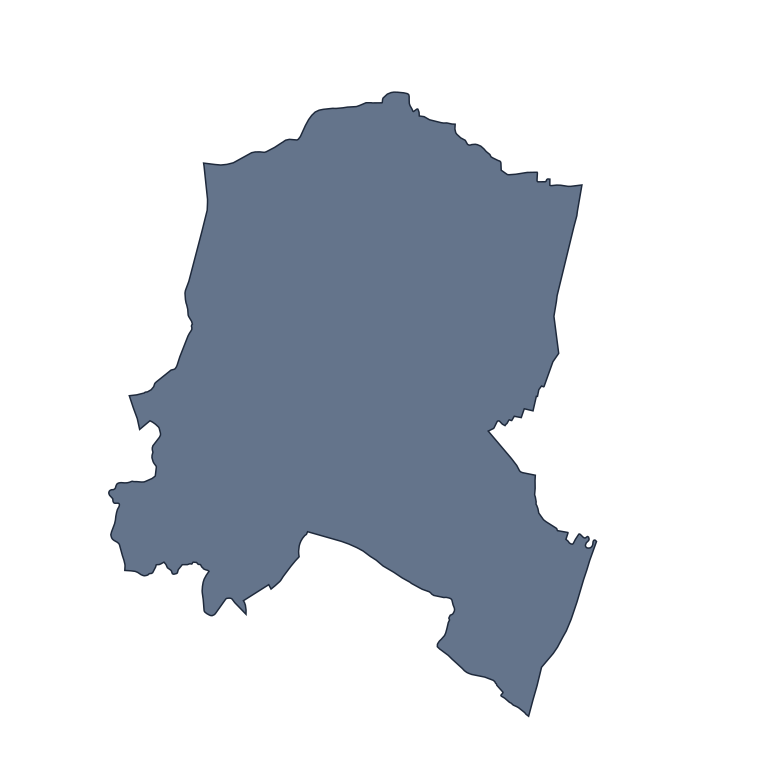 the district of Pa Mok, Ang Thong, Thailand, rotated 194°
{"feature_id": "78962969B20777837687039", "entity_name": "Pa Mok", "entity_type": "district", "adm_level": 2, "iso_a3": "THA", "parent_name": "Thailand", "parent_adm1": "Ang Thong", "projection": "natural_earth1", "projection_center": [100.461, 14.49], "detail": "fine", "context": "isolated", "style": "filled", "palette": "slate", "viewbox_px": 768, "rotation_deg": 194, "n_neighbors": 0, "source": "geoboundaries", "source_scale": "gbopen_adm2", "svg_char_len": 6168}
<svg xmlns="http://www.w3.org/2000/svg" viewBox="0 0 768 768"><g transform="rotate(194 384 384)"><path d="M612.5,554.7L611.4,552.1L599.9,520.5L599.1,517.2L597.6,509.9L597.6,488.1L598.2,436.4L599.3,426.7L599.1,424.1L597.1,417.9L595.7,414.8L594.6,413.1L592.5,409.0L590.7,403.5L589.9,402.3L585.8,398.2L584.4,395.7L584.8,394.9L584.9,393.6L584.1,392.3L583.7,390.5L584.0,389.2L585.1,386.0L585.8,383.2L588.7,361.0L589.3,352.0L589.7,350.0L590.4,348.3L591.0,347.6L594.0,346.0L605.4,331.0L606.4,329.4L606.6,328.6L606.8,325.7L608.5,322.1L610.4,320.3L611.5,319.2L613.7,318.3L614.6,317.2L621.4,313.6L628.3,311.0L621.6,300.4L615.0,290.7L610.1,280.8L602.2,291.7L599.3,291.0L596.0,289.7L592.4,287.7L591.5,286.8L589.0,282.2L588.5,280.4L589.0,278.0L593.3,268.2L593.4,266.0L592.9,264.1L591.7,261.9L591.8,258.6L591.3,256.3L589.2,252.7L587.9,251.3L585.3,249.2L584.8,248.4L583.7,239.6L584.0,238.9L586.2,236.2L592.0,231.7L593.2,230.9L595.6,230.2L600.1,229.5L603.0,228.8L604.9,228.7L607.2,227.1L609.3,226.0L611.7,225.3L615.3,224.7L617.3,223.9L618.6,222.9L619.1,221.9L619.4,220.3L619.5,218.0L619.9,217.1L620.9,216.1L622.8,215.5L623.9,214.7L624.6,213.6L624.8,212.4L624.4,211.0L623.3,209.6L619.5,207.1L618.5,204.5L617.7,203.6L617.0,203.2L616.2,203.2L613.7,203.9L612.7,204.0L612.1,203.8L611.6,203.1L611.4,202.2L611.4,201.2L612.3,197.7L612.4,194.6L612.2,190.7L611.7,187.1L611.6,183.3L612.6,174.6L612.6,171.7L612.1,170.6L611.1,168.9L609.8,167.7L608.1,166.9L604.5,165.9L602.9,165.1L601.9,164.2L596.3,154.2L593.6,149.9L591.8,146.4L591.3,145.0L590.4,140.4L584.4,141.5L580.1,142.0L577.4,141.6L573.5,140.2L571.4,139.9L570.3,139.9L568.7,140.5L567.0,141.5L565.8,143.2L563.7,144.0L562.8,145.0L561.3,151.2L561.3,153.3L560.8,153.7L558.5,154.4L557.1,155.4L554.4,157.9L552.0,156.2L549.7,153.3L545.9,151.8L545.1,151.2L543.5,148.8L543.0,148.6L541.9,148.6L539.6,149.8L538.8,150.7L538.7,154.1L536.0,159.9L531.0,161.2L528.9,162.6L527.0,162.8L526.7,163.2L526.4,164.6L525.9,165.0L522.7,165.5L520.9,164.2L520.0,164.1L518.8,164.4L518.3,164.3L516.6,162.4L515.2,161.7L514.5,161.0L512.4,160.6L509.8,160.5L508.5,159.9L510.2,155.4L511.3,151.1L511.5,147.9L511.2,143.7L510.4,139.2L509.8,137.4L507.3,131.2L503.9,121.1L503.5,120.2L502.7,119.4L500.6,118.4L497.7,117.6L496.3,117.4L494.8,117.6L493.1,118.9L492.5,119.6L491.9,120.8L485.5,137.1L484.8,137.9L482.5,138.8L480.7,139.0L479.4,138.6L476.0,135.8L462.2,127.2L463.2,131.4L465.0,135.9L466.6,138.3L468.0,139.7L447.3,161.4L444.0,157.7L440.8,162.0L437.5,166.9L436.7,168.4L435.2,172.9L430.3,184.5L427.2,191.0L424.7,195.5L424.6,195.9L425.6,198.4L426.4,201.1L427.1,206.4L427.0,208.9L426.6,211.6L425.7,214.6L424.2,217.8L422.9,219.3L422.4,222.2L387.2,221.0L379.4,220.2L370.9,218.7L363.9,216.9L355.6,213.4L349.0,211.2L340.9,207.2L329.0,203.7L319.6,200.3L310.7,197.9L309.3,197.2L299.8,194.7L297.4,194.1L289.6,193.3L288.0,192.5L286.9,191.7L284.6,190.9L274.3,191.3L272.1,192.0L269.8,192.1L268.0,192.0L266.6,191.5L265.8,190.7L263.6,186.5L261.6,183.7L261.0,182.3L260.8,180.7L261.5,177.8L262.3,176.8L263.8,175.7L264.4,173.1L264.4,172.4L263.3,170.9L263.9,168.1L263.8,162.1L263.9,157.4L264.4,154.6L266.6,150.3L268.1,147.9L268.9,145.6L269.2,144.4L268.7,142.0L265.8,140.3L256.1,136.3L251.4,133.5L239.5,127.1L236.7,125.3L234.0,124.2L232.1,123.8L228.7,123.4L215.3,124.0L206.3,122.9L204.5,122.0L203.5,120.8L202.4,120.2L201.6,118.9L194.1,113.8L193.9,113.2L195.2,110.5L195.2,110.1L194.7,109.5L191.0,108.4L185.3,105.5L183.5,105.1L180.9,103.7L177.5,103.1L175.2,102.5L168.0,99.2L166.3,97.9L163.3,96.6L163.0,114.3L162.5,128.3L162.6,147.3L154.6,163.5L152.0,170.6L149.3,181.5L147.4,188.4L145.5,200.8L144.0,219.3L143.0,242.5L142.2,252.6L141.7,262.7L139.7,282.6L141.1,283.5L141.7,283.6L142.5,283.2L142.8,282.7L143.0,281.6L142.6,278.6L142.9,276.8L143.8,275.4L144.4,274.9L145.6,274.3L147.2,274.1L148.0,274.3L148.7,274.8L149.3,275.6L149.6,276.4L149.3,278.8L147.7,281.4L147.4,282.4L147.6,283.4L148.5,284.9L149.2,285.2L149.8,285.2L151.3,283.4L152.4,283.1L153.5,283.4L157.2,285.6L158.4,285.7L158.7,285.3L160.7,279.6L161.8,274.9L162.6,274.1L164.0,274.1L165.7,274.6L167.3,276.0L169.9,277.3L169.4,284.1L169.7,284.4L180.1,283.7L180.6,284.1L181.2,285.2L181.8,285.7L193.5,289.6L196.4,290.9L202.6,296.2L204.5,300.3L206.4,303.1L207.4,304.1L207.9,306.6L209.8,310.9L210.8,312.5L211.1,313.2L212.1,319.3L214.1,326.9L215.1,332.1L228.2,331.5L230.1,331.8L230.9,332.2L231.6,332.7L235.4,337.0L242.3,342.5L271.5,363.5L266.9,367.4L266.6,368.1L265.3,374.1L265.0,375.2L264.7,375.5L263.7,376.0L262.8,375.8L259.5,373.7L256.5,372.9L255.9,374.4L255.1,375.5L254.2,378.9L253.9,379.4L253.7,379.6L251.7,379.3L251.2,379.5L249.8,384.2L242.7,384.6L241.9,393.9L232.9,394.0L233.2,408.9L232.1,409.1L232.4,416.0L230.7,420.1L228.4,419.9L228.1,420.2L225.5,446.4L221.9,456.0L235.5,490.8L236.7,506.0L237.4,511.6L237.8,583.0L237.6,593.9L238.1,598.0L240.1,625.0L250.5,621.0L253.2,620.3L260.7,619.6L264.5,618.8L269.5,617.0L270.7,616.8L271.2,617.0L272.6,622.9L274.6,622.6L275.1,622.2L275.5,621.8L275.9,619.8L276.3,619.3L283.6,617.4L284.3,617.7L284.8,618.6L286.2,625.9L286.7,626.5L296.3,623.9L306.9,619.4L313.3,617.3L314.4,617.1L315.1,617.1L322.0,619.8L323.9,626.3L324.4,627.5L325.5,628.3L327.6,628.5L333.1,629.7L335.1,630.3L336.8,632.3L341.1,634.3L343.9,636.3L347.6,638.2L351.3,638.8L353.4,638.7L356.7,637.6L358.1,636.7L359.1,636.4L360.0,636.5L361.0,636.8L364.1,640.1L369.1,641.4L373.7,643.9L375.2,645.2L376.9,648.6L377.8,653.3L380.9,652.7L386.2,652.5L389.4,651.6L391.9,651.4L403.8,651.4L409.7,653.1L414.6,652.6L415.7,656.1L417.1,658.2L417.7,658.9L418.2,658.9L418.7,658.6L421.1,655.7L421.4,655.5L421.9,655.6L423.3,657.5L426.1,660.4L427.3,662.3L428.3,665.7L429.1,668.9L429.8,670.5L430.6,671.1L431.8,671.4L435.3,671.3L441.3,670.4L445.0,669.6L447.6,668.5L450.9,666.1L454.1,661.2L454.2,659.8L453.8,657.0L453.8,656.6L454.1,656.3L463.3,653.9L464.5,653.8L469.4,652.6L475.4,648.1L477.9,646.5L486.5,643.8L490.8,642.0L497.1,639.8L500.7,639.0L509.4,635.8L513.2,634.0L516.6,631.2L519.1,627.2L521.1,622.3L522.8,615.8L525.0,603.9L526.4,600.7L527.5,599.7L535.0,598.5L538.4,596.8L547.4,587.1L554.5,580.8L556.2,579.8L560.6,579.2L565.1,578.0L568.4,576.4L583.7,562.2L589.5,559.1L595.3,557.0L601.0,556.1L612.5,554.7Z" fill="#64748b" stroke="#1e293b" stroke-width="1.5"/></g></svg>